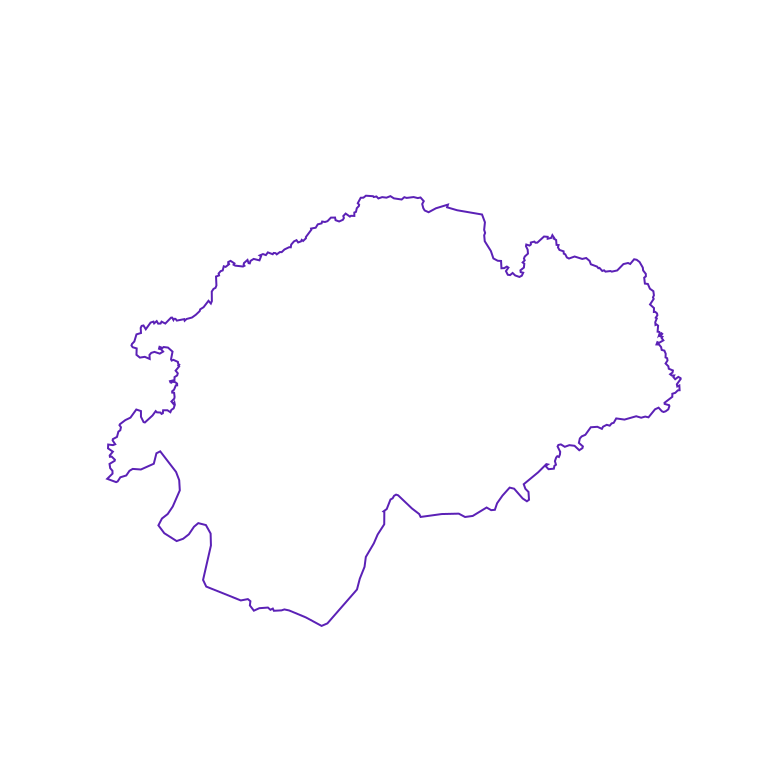 the district of Kita, Kayes, Mali, rotated 232°
{"feature_id": "8926073B18522946307375", "entity_name": "Kita", "entity_type": "district", "adm_level": 2, "iso_a3": "MLI", "parent_name": "Mali", "parent_adm1": "Kayes", "projection": "natural_earth1", "projection_center": [-9.401, 13.202], "detail": "fine", "context": "isolated", "style": "outline", "palette": "violet", "viewbox_px": 768, "rotation_deg": 232, "n_neighbors": 0, "source": "geoboundaries", "source_scale": "gbopen_adm2", "svg_char_len": 6166}
<svg xmlns="http://www.w3.org/2000/svg" viewBox="0 0 768 768"><g transform="rotate(232 384 384)"><path d="M214.5,469.8L218.0,471.2L220.1,474.5L220.4,476.1L218.8,476.9L220.1,479.2L222.1,481.1L227.9,482.3L228.6,483.9L227.5,486.2L223.2,487.8L221.7,492.4L218.0,496.1L211.6,497.1L211.3,500.9L212.4,502.3L217.6,501.3L220.5,504.8L221.0,507.5L220.0,511.4L222.6,520.3L218.9,525.8L214.5,528.1L215.5,530.3L214.7,534.4L212.2,536.2L212.8,539.1L212.0,541.1L213.9,545.8L207.9,551.6L203.3,562.9L199.1,565.9L197.5,569.8L194.9,571.9L197.2,582.0L196.3,585.8L191.4,586.2L189.8,587.1L189.1,589.1L189.0,592.4L190.9,595.3L191.8,595.6L195.5,592.9L196.5,593.5L196.4,603.3L198.8,605.2L197.7,608.1L198.1,611.6L197.1,613.1L201.0,615.8L201.5,613.6L203.5,614.6L205.3,620.9L206.0,621.3L208.4,620.3L208.5,616.4L211.3,616.3L212.1,617.9L213.5,616.0L215.5,615.5L215.4,618.4L216.8,620.0L220.7,617.8L222.9,619.0L226.8,618.5L228.0,621.9L230.0,623.0L231.6,622.2L234.4,624.6L237.7,625.5L239.9,623.8L242.5,625.1L245.8,625.0L247.4,623.1L248.7,625.2L247.1,626.1L246.4,631.0L249.4,631.1L249.8,632.4L251.6,631.1L252.2,634.1L253.2,633.9L253.0,630.6L254.5,632.7L255.5,633.0L256.8,631.8L261.2,635.9L263.2,635.4L263.4,634.3L265.7,635.8L267.7,639.3L268.9,638.9L269.9,641.8L271.5,642.6L273.8,642.2L274.6,641.0L277.6,643.5L282.9,642.6L285.0,648.9L286.7,649.3L287.7,651.3L291.3,653.4L295.4,652.2L300.4,653.5L302.5,651.4L307.6,654.5L307.6,656.6L309.6,658.1L313.9,658.1L316.4,659.6L322.8,660.5L326.3,659.6L328.3,657.9L327.0,651.9L329.1,650.8L331.1,646.5L329.9,637.7L332.3,632.7L333.6,632.0L336.2,627.7L338.1,627.4L338.7,625.6L342.8,625.3L343.3,624.2L345.3,624.2L351.0,620.7L354.4,621.8L358.8,620.9L360.5,617.2L367.1,612.7L369.0,607.0L371.2,606.0L374.6,606.7L376.0,605.9L378.0,607.2L381.6,604.8L384.6,605.2L386.0,607.1L387.4,605.6L391.5,608.3L394.0,607.3L394.1,608.0L397.6,608.3L396.2,605.7L397.7,602.4L399.2,603.6L401.7,600.9L401.0,591.9L402.1,590.3L403.6,590.2L405.1,586.8L403.5,585.6L403.5,583.9L406.3,582.0L405.2,580.7L401.4,579.9L398.1,577.7L397.8,573.4L396.7,571.5L394.8,571.0L394.4,568.1L392.4,568.6L389.6,565.9L389.6,561.5L388.0,560.6L386.0,562.2L384.5,559.3L385.0,556.6L388.8,554.2L392.3,553.7L392.2,550.4L393.9,548.8L397.9,549.6L399.1,553.7L400.9,553.1L401.3,550.1L402.9,547.8L408.9,552.0L411.1,549.5L415.6,547.5L423.0,550.1L434.5,551.3L439.5,554.5L440.8,556.7L443.8,557.8L449.3,563.1L457.2,565.6L475.9,548.6L484.4,542.5L486.0,544.8L490.5,533.1L491.9,524.9L495.7,522.9L498.3,523.2L502.3,524.9L503.6,527.9L508.5,527.6L509.7,525.1L513.1,522.4L516.7,516.4L518.7,515.0L518.5,511.5L524.2,506.1L528.1,504.7L529.3,500.7L532.4,497.6L533.7,493.8L536.4,493.5L537.7,491.0L538.7,491.0L543.5,485.7L543.5,482.5L545.1,480.3L542.6,474.6L540.6,474.8L539.7,473.7L539.3,470.8L536.9,467.9L537.4,466.2L534.7,464.1L536.9,461.5L536.9,460.2L541.9,458.7L541.4,455.3L539.5,454.6L538.7,452.7L539.7,448.7L542.9,446.7L545.3,447.9L547.8,444.6L547.1,439.7L548.0,437.2L550.1,435.3L549.0,433.7L550.6,430.1L549.2,426.4L551.4,422.2L550.3,421.7L547.9,412.9L546.9,412.2L546.5,408.3L548.2,407.9L547.5,406.4L548.4,403.5L551.2,403.6L551.8,400.9L551.0,396.7L549.1,394.7L550.2,393.5L551.3,388.4L550.9,384.6L552.1,383.1L552.2,379.3L553.9,379.1L555.2,377.7L554.8,376.2L559.2,373.5L558.3,370.3L560.9,368.6L561.8,365.2L560.3,365.7L558.1,362.0L562.8,358.3L563.2,354.7L561.7,352.5L562.6,351.7L565.8,352.8L565.5,348.1L564.4,346.8L563.1,346.8L563.4,345.2L568.9,339.6L570.6,338.9L571.1,340.4L575.5,338.9L576.0,336.3L574.4,335.1L573.8,336.5L573.8,331.3L575.4,330.2L572.8,326.8L573.5,324.8L572.9,321.7L571.1,320.9L572.1,317.8L564.8,312.6L563.5,310.4L563.9,308.2L562.9,305.2L555.3,299.4L554.0,297.1L557.6,296.9L555.6,289.1L556.0,285.1L554.9,283.6L554.4,278.3L554.6,273.6L556.8,268.4L556.6,265.9L558.1,266.5L561.5,259.8L563.7,259.8L564.7,258.6L564.1,257.5L566.8,257.9L567.4,257.0L566.3,248.9L570.1,247.1L569.2,245.2L570.6,243.2L573.5,243.6L573.3,240.2L575.1,240.7L576.1,237.9L573.8,230.0L578.2,230.5L579.0,228.8L578.0,226.8L573.8,223.9L575.5,219.5L571.2,213.4L570.7,210.0L569.8,208.7L567.7,208.6L564.3,211.0L559.4,206.9L555.1,207.9L552.7,212.2L548.0,214.8L551.3,217.1L551.8,219.8L550.6,222.9L546.0,226.0L545.5,229.9L548.3,229.8L550.3,228.4L551.5,230.0L548.8,231.6L548.8,233.1L545.7,236.2L539.7,237.3L534.6,231.4L533.2,231.1L532.7,232.9L528.3,235.2L526.6,234.2L525.3,234.5L525.2,233.3L524.0,233.4L522.8,228.0L519.4,228.1L518.1,226.3L518.4,223.2L516.1,221.3L518.0,217.1L516.7,216.7L515.9,217.3L516.2,218.5L514.0,220.6L511.7,221.2L510.3,220.2L511.1,219.1L508.8,215.1L508.7,212.6L507.6,211.8L506.3,213.2L502.7,211.0L501.6,209.7L501.1,205.7L498.0,205.8L498.6,207.5L496.4,206.4L494.3,203.2L494.5,200.5L493.3,198.3L496.6,197.2L499.3,193.8L497.1,191.7L497.4,190.3L499.1,190.3L501.5,187.6L503.2,187.4L501.7,182.2L500.9,171.9L502.0,171.1L507.8,172.3L512.3,175.8L516.4,173.1L513.6,163.5L514.8,157.9L514.9,151.1L514.4,150.2L511.9,150.1L509.9,147.7L510.0,145.4L506.7,141.0L507.5,136.4L506.6,135.4L502.0,135.1L502.7,132.8L506.1,129.4L503.2,126.9L497.6,128.7L496.6,123.9L495.4,123.2L494.5,124.7L490.0,125.3L489.3,124.5L490.0,118.5L486.2,116.4L482.8,116.6L480.5,114.9L479.7,107.5L471.6,112.5L471.2,114.1L472.8,118.8L470.6,124.6L472.3,130.0L471.8,133.7L466.3,139.8L462.9,153.5L469.5,162.0L468.7,166.2L442.7,166.0L434.3,163.4L425.9,157.6L417.5,142.1L414.7,133.5L414.7,126.2L411.5,119.2L401.7,119.0L387.9,123.9L385.7,130.4L385.7,137.7L388.5,146.4L388.7,152.0L382.5,156.8L372.9,155.3L363.3,148.2L341.0,120.8L333.8,119.2L301.6,137.9L298.3,144.3L295.1,145.0L292.1,142.0L285.5,141.9L284.1,147.7L279.3,154.9L276.0,155.5L275.5,158.1L273.1,157.6L268.7,163.9L267.7,166.7L264.0,169.8L248.2,178.7L231.8,185.9L230.2,192.0L238.7,236.2L245.5,245.1L251.9,256.1L258.9,263.2L264.7,277.9L269.3,286.3L273.3,297.8L283.0,305.5L283.9,305.1L283.8,309.2L289.0,318.0L288.6,320.4L289.7,323.1L289.4,325.4L287.6,326.6L268.7,329.4L259.8,331.7L256.7,331.0L246.0,349.4L235.8,363.1L229.3,366.0L225.4,372.7L223.5,388.8L218.6,390.8L216.6,393.9L220.4,399.7L223.1,408.6L225.0,419.2L221.4,422.1L208.4,422.8L203.6,424.4L203.5,427.0L210.0,431.4L214.4,430.9L219.0,432.4L219.5,451.1L220.9,462.6L219.8,463.5L220.0,460.8L215.6,461.2L212.7,465.7L214.6,467.9L214.5,469.8Z" fill="none" stroke="#5b21b6" stroke-width="2"/></g></svg>